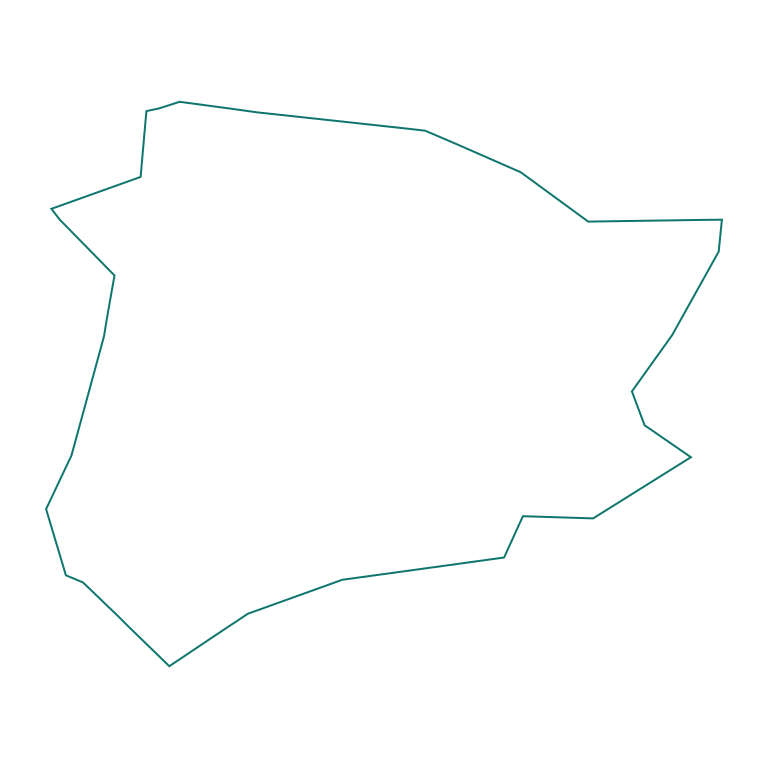 the district of Alegrete do Piauí, Piauí, Brazil
{"feature_id": "56859067B12865581171560", "entity_name": "Alegrete do Piauí", "entity_type": "district", "adm_level": 2, "iso_a3": "BRA", "parent_name": "Brazil", "parent_adm1": "Piauí", "projection": "orthographic", "projection_center": [-40.802, -7.206], "detail": "fine", "context": "isolated", "style": "outline", "palette": "teal", "viewbox_px": 768, "rotation_deg": 0, "n_neighbors": 0, "source": "geoboundaries", "source_scale": "gbopen_adm2", "svg_char_len": 600}
<svg xmlns="http://www.w3.org/2000/svg" viewBox="0 0 768 768"><path d="M721.9,219.7L702.1,219.9L588.2,221.6L520.8,172.3L455.1,143.5L425.1,130.7L409.6,128.9L257.5,112.4L233.2,109.0L179.6,101.8L158.7,108.5L146.4,111.1L140.6,176.9L51.4,208.8L59.8,219.7L114.5,275.5L107.2,316.7L104.0,336.3L71.5,455.4L46.1,509.1L65.9,575.3L82.9,582.4L94.1,593.1L105.7,604.3L116.7,614.8L127.7,625.8L169.3,666.2L216.9,634.3L247.9,613.7L342.2,579.8L480.9,560.7L504.1,557.5L522.9,516.2L593.1,518.4L690.9,457.2L644.6,425.3L631.9,391.4L672.1,335.2L718.7,251.6L721.9,219.7Z" fill="none" stroke="#0f766e" stroke-width="2"/></svg>